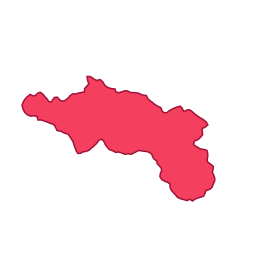 the district of Pedra Bonita, Minas Gerais, Brazil, rotated 302°
{"feature_id": "56859067B30367542066922", "entity_name": "Pedra Bonita", "entity_type": "district", "adm_level": 2, "iso_a3": "BRA", "parent_name": "Brazil", "parent_adm1": "Minas Gerais", "projection": "orthographic", "projection_center": [-42.378, -20.47], "detail": "fine", "context": "isolated", "style": "filled", "palette": "rose", "viewbox_px": 256, "rotation_deg": 302, "n_neighbors": 0, "source": "geoboundaries", "source_scale": "gbopen_adm2", "svg_char_len": 2256}
<svg xmlns="http://www.w3.org/2000/svg" viewBox="0 0 256 256"><g transform="rotate(302 128 128)"><path d="M79.8,99.0L81.6,101.3L83.9,102.5L85.8,104.7L88.5,106.8L91.2,107.5L93.8,108.4L97.9,109.5L102.4,109.9L104.7,111.8L103.6,115.2L101.8,117.7L100.9,120.1L99.8,123.3L100.6,127.5L100.8,130.5L102.7,132.8L103.6,136.0L104.1,139.4L105.8,141.2L107.6,144.8L111.5,147.1L114.5,148.9L115.7,151.4L116.9,154.2L118.2,156.8L118.5,159.4L118.4,162.0L116.9,163.8L115.6,166.1L115.2,169.8L113.1,171.8L112.6,174.4L111.6,177.4L109.5,179.1L106.2,179.6L103.6,180.9L102.1,184.1L102.3,187.8L103.0,190.6L102.6,193.4L99.8,195.2L97.9,198.3L97.1,201.3L96.3,204.1L95.4,206.9L95.9,210.4L97.0,213.8L97.8,216.6L100.2,217.9L100.3,221.3L103.7,222.9L106.3,224.9L108.4,226.8L110.3,228.2L112.9,228.0L116.3,227.3L119.4,229.9L122.7,230.7L125.6,230.0L129.0,229.6L131.5,228.1L133.5,225.6L135.3,222.8L137.9,222.1L140.6,220.8L141.1,217.1L141.5,213.2L143.7,211.6L146.2,210.7L149.0,208.8L150.9,206.8L150.0,203.5L148.6,200.6L148.5,196.0L148.5,192.5L152.3,191.2L154.8,193.3L158.7,194.5L161.8,194.8L164.2,193.1L166.8,191.2L170.3,193.3L173.0,194.0L174.6,191.0L175.1,186.9L174.9,184.0L174.9,181.4L175.3,177.2L175.9,173.6L176.2,171.1L174.9,168.8L171.5,166.6L173.7,163.1L174.1,160.5L171.6,158.3L168.2,155.9L164.9,154.0L161.8,152.9L160.1,150.6L160.3,148.1L162.7,145.1L162.2,141.6L162.2,137.7L162.7,135.2L162.8,132.6L163.3,129.6L165.2,126.2L163.6,122.8L163.1,118.7L161.7,115.1L159.6,111.8L159.1,107.8L157.7,105.3L155.5,103.7L152.9,101.3L152.3,98.3L154.2,96.3L152.6,93.0L151.6,89.3L151.9,85.7L153.8,82.1L154.3,78.7L151.8,76.3L151.4,73.9L151.7,71.2L151.4,68.2L150.0,66.0L148.0,67.6L146.2,69.3L144.7,71.4L141.6,70.9L138.4,70.3L135.5,71.9L133.6,69.9L131.5,67.6L129.0,65.4L127.6,62.9L124.9,61.8L121.5,61.3L119.2,60.5L117.0,59.4L115.3,56.6L116.7,51.7L114.9,49.4L112.5,49.3L109.5,49.1L108.4,46.7L109.6,44.4L110.5,41.0L111.6,37.8L111.8,34.4L109.2,32.8L106.6,32.3L104.8,30.3L104.7,27.2L100.8,25.9L98.3,25.4L95.4,25.3L91.4,25.9L88.7,28.5L86.5,32.2L85.8,35.6L86.5,39.3L88.6,41.8L89.6,44.6L87.0,47.4L88.5,49.5L89.5,52.4L90.1,55.8L90.7,59.2L91.6,63.2L90.2,66.1L88.2,69.3L89.7,72.5L89.9,76.2L91.0,80.5L89.4,84.3L87.3,88.6L85.1,91.1L83.5,93.2L81.3,96.0L79.8,99.0Z" fill="#f43f5e" stroke="#9f1239" stroke-width="1.5"/></g></svg>